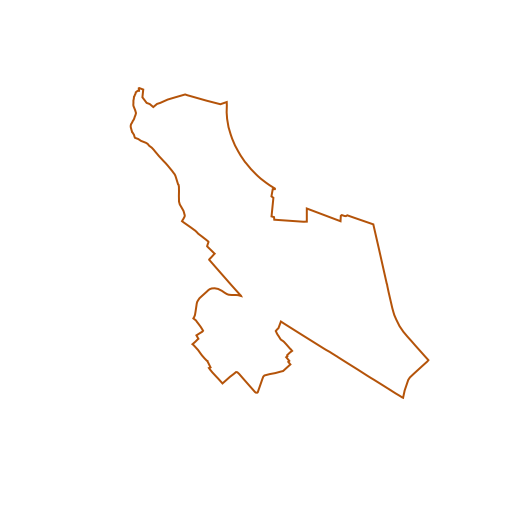 Ikeja, Lagos, Nigeria (Equal Earth projection), rotated 319°
{"feature_id": "59680162B78935719106444", "entity_name": "Ikeja", "entity_type": "district", "adm_level": 2, "iso_a3": "NGA", "parent_name": "Nigeria", "parent_adm1": "Lagos", "projection": "equal_earth", "projection_center": [3.342, 6.607], "detail": "fine", "context": "isolated", "style": "outline", "palette": "amber", "viewbox_px": 512, "rotation_deg": 319, "n_neighbors": 0, "source": "geoboundaries", "source_scale": "gbopen_adm2", "svg_char_len": 3833}
<svg xmlns="http://www.w3.org/2000/svg" viewBox="0 0 512 512"><g transform="rotate(319 256 256)"><path d="M317.8,447.7L317.7,442.9L317.5,427.8L317.5,422.4L317.4,415.9L317.5,409.9L318.3,403.1L320.1,396.2L320.4,395.2L321.6,391.4L322.8,388.7L324.7,384.7L332.3,370.4L335.3,365.0L336.4,363.2L336.5,362.7L339.3,357.5L342.1,352.3L353.8,330.6L364.9,309.8L365.3,309.1L354.6,290.5L351.6,285.2L350.0,284.9L349.0,283.8L347.6,281.4L346.4,281.3L342.6,285.2L331.0,263.7L325.5,253.5L316.9,263.4L314.3,261.3L293.6,240.6L295.1,238.5L293.7,236.3L307.3,223.5L306.8,221.1L312.4,216.6L314.1,217.9L314.5,217.5L312.7,211.5L311.6,207.0L310.3,200.6L309.8,196.6L309.6,194.2L309.2,187.0L309.4,179.6L309.4,177.6L310.3,170.1L310.9,167.0L311.2,165.4L312.7,158.7L315.0,151.7L316.7,147.5L319.8,140.7L324.2,133.5L328.1,128.3L332.8,123.2L334.9,120.6L328.7,118.1L320.5,106.2L311.1,91.8L309.7,89.7L308.5,87.6L298.8,83.1L292.0,80.0L284.1,77.6L281.1,76.3L276.2,76.2L275.5,71.6L273.9,68.7L274.4,61.7L280.1,56.4L278.1,52.7L277.6,52.5L277.4,52.7L277.6,52.9L276.1,54.6L275.0,53.7L272.7,53.6L271.5,54.5L270.8,54.7L270.2,55.0L269.4,55.5L268.5,55.7L267.0,57.1L265.3,58.4L264.5,59.4L263.4,60.6L262.5,61.5L261.9,62.5L260.4,66.8L259.8,68.1L259.2,69.4L257.6,70.5L255.8,71.4L254.2,72.4L253.1,72.9L251.6,73.3L250.0,74.0L248.1,74.6L247.0,75.4L246.1,76.4L245.4,77.8L244.6,79.5L243.8,81.2L243.9,81.3L243.4,84.5L242.5,86.4L242.2,87.4L243.9,90.5L244.7,93.6L246.8,97.6L247.3,98.6L247.8,100.4L247.7,102.6L247.8,103.2L248.4,105.8L248.5,108.6L248.4,111.4L248.3,117.2L248.5,122.7L248.5,123.2L248.7,126.8L248.7,130.0L248.6,133.5L248.5,136.8L248.3,139.3L248.2,141.1L247.7,142.8L246.8,144.9L246.0,146.7L244.2,150.8L244.3,151.4L243.3,153.1L240.3,156.7L237.2,160.1L235.3,162.4L233.6,164.4L232.3,167.1L231.6,170.8L230.9,174.3L230.2,175.9L229.4,177.5L229.1,178.2L228.8,178.7L228.3,179.2L227.5,179.6L225.1,180.5L224.0,180.8L223.0,181.2L223.4,183.1L225.6,191.9L226.5,195.9L226.8,197.1L227.0,199.6L227.0,201.1L229.0,210.9L229.5,213.9L229.3,214.3L227.7,215.2L225.9,216.3L225.5,216.6L225.5,217.3L226.2,226.0L226.3,227.1L225.9,227.1L221.0,227.7L219.0,227.8L218.2,228.1L218.2,232.9L218.2,239.4L218.3,261.6L218.5,273.9L218.5,275.2L218.6,275.8L218.6,276.0L218.5,276.4L216.8,273.8L215.3,272.3L211.9,269.3L209.9,267.2L209.0,265.5L208.2,263.0L207.4,259.9L205.8,256.0L203.6,253.2L201.4,251.5L199.4,250.7L197.7,250.5L195.6,250.6L189.8,250.7L185.6,250.8L183.4,251.4L181.6,252.0L180.1,253.0L178.0,254.8L173.9,258.3L171.2,260.5L169.5,261.4L167.8,262.0L168.4,265.2L168.2,267.1L168.1,269.0L167.8,273.0L167.4,275.6L167.0,277.7L165.8,277.9L163.6,277.5L159.0,276.8L158.2,280.7L156.9,280.7L154.0,280.9L151.4,280.9L150.2,280.9L150.4,282.1L150.5,284.4L150.6,289.0L150.2,293.0L150.0,295.6L150.0,299.6L150.2,302.8L150.3,303.0L150.5,303.4L150.3,303.6L149.8,305.6L148.6,310.2L147.0,309.7L146.8,312.0L146.7,315.3L146.9,321.3L147.0,323.2L147.1,329.4L147.1,330.2L157.2,330.1L161.5,330.4L164.8,330.5L165.5,331.3L165.7,331.9L165.9,333.9L165.9,341.6L166.0,358.0L166.3,359.1L167.3,360.0L167.9,360.0L172.8,357.2L180.3,352.9L182.4,351.8L184.0,351.7L188.8,354.1L193.7,357.0L198.9,359.5L201.0,360.6L204.7,360.5L210.8,360.4L210.9,357.1L212.3,357.0L212.4,352.2L213.9,352.3L214.4,351.3L218.2,351.1L221.0,351.3L221.0,350.4L221.1,349.5L220.9,348.6L220.9,342.8L220.8,339.2L220.6,337.9L220.3,336.9L219.9,335.3L220.0,334.4L220.5,331.3L220.7,329.4L221.0,328.0L221.5,326.4L221.7,325.6L223.4,325.3L225.6,325.2L231.8,321.8L233.0,326.0L237.8,341.9L246.5,370.4L247.3,372.9L248.7,376.7L249.6,379.8L250.2,381.7L250.7,383.4L250.9,384.0L251.2,384.9L251.4,385.7L251.5,386.1L254.2,395.1L258.3,408.5L261.3,418.8L262.7,423.4L263.8,426.7L267.2,437.8L271.2,451.2L272.6,455.4L273.6,458.7L274.0,459.5L274.5,459.1L280.0,455.0L286.0,451.5L289.6,449.4L292.5,448.6L297.6,448.4L309.6,448.1L316.1,448.0L317.8,447.7Z" fill="none" stroke="#b45309" stroke-width="2"/></g></svg>